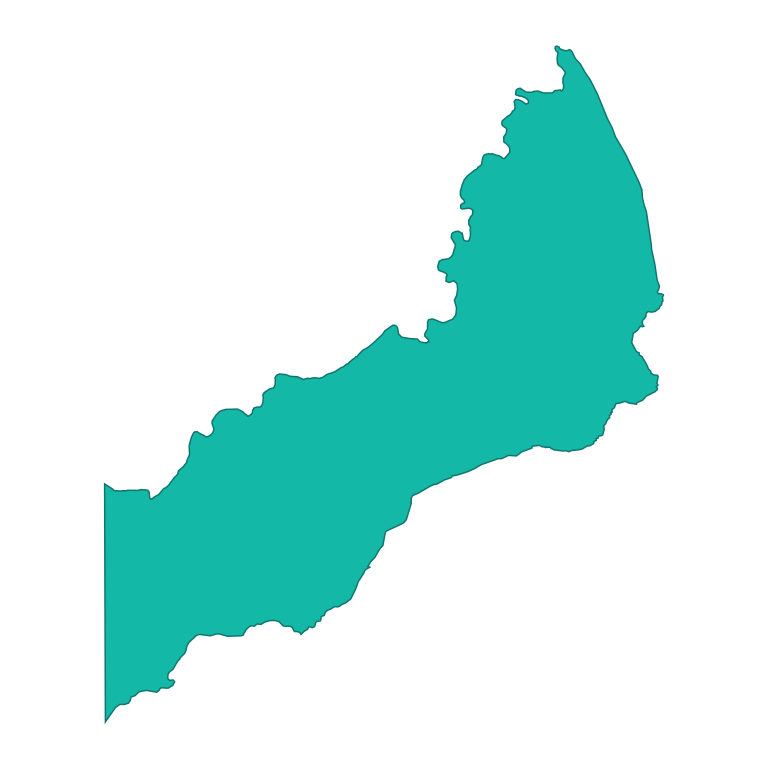 Wampusirpi, Gracias a Dios, Honduras (Mercator projection)
{"feature_id": "27666195B3053537582037", "entity_name": "Wampusirpi", "entity_type": "district", "adm_level": 2, "iso_a3": "HND", "parent_name": "Honduras", "parent_adm1": "Gracias a Dios", "projection": "mercator", "projection_center": [-84.653, 15.069], "detail": "fine", "context": "isolated", "style": "filled", "palette": "teal", "viewbox_px": 768, "rotation_deg": 0, "n_neighbors": 0, "source": "geoboundaries", "source_scale": "gbopen_adm2", "svg_char_len": 6083}
<svg xmlns="http://www.w3.org/2000/svg" viewBox="0 0 768 768"><path d="M659.5,286.2L657.2,280.4L654.8,264.0L651.6,249.6L651.3,244.7L646.4,211.8L643.9,204.3L642.5,198.1L641.9,189.9L639.1,182.5L625.6,154.2L615.5,136.9L612.1,127.7L607.3,118.3L597.3,93.8L590.3,80.0L584.9,72.1L580.5,64.3L575.4,58.7L572.4,52.4L570.7,50.2L569.4,49.7L567.2,50.6L564.6,50.6L559.8,48.8L559.0,47.0L556.4,46.1L555.5,46.5L555.0,48.3L555.9,50.5L558.0,52.7L557.1,57.9L557.5,63.6L558.7,65.4L561.8,67.6L565.2,72.1L565.2,73.4L563.0,78.2L562.9,82.1L563.7,86.1L563.3,89.1L562.4,90.5L561.1,90.9L560.6,90.0L559.8,90.0L554.5,90.8L553.6,92.1L551.9,93.0L543.2,92.9L537.9,91.0L533.6,91.4L532.2,92.3L526.1,92.2L520.1,88.2L517.4,89.0L516.1,90.3L515.6,94.7L519.5,96.1L521.3,96.1L525.6,97.9L527.8,99.7L528.6,101.9L528.2,103.2L526.0,104.1L522.1,101.4L518.2,99.6L515.6,99.6L514.2,101.3L515.1,107.0L514.6,109.6L512.4,111.4L511.9,112.7L509.7,115.3L508.4,115.7L502.2,120.9L501.8,124.0L502.6,125.7L505.7,127.9L506.9,129.7L506.0,133.7L503.8,136.7L503.8,141.5L504.2,142.4L505.9,143.3L508.9,146.4L509.8,148.6L509.7,152.5L504.4,158.6L502.3,158.2L501.8,157.3L498.4,155.5L497.1,155.5L492.3,153.7L489.6,154.1L488.8,153.6L485.3,154.5L484.0,155.3L483.1,156.6L482.2,160.1L481.7,164.1L480.8,165.4L477.7,167.5L477.3,168.8L474.6,170.1L467.1,176.2L464.1,180.1L462.3,184.5L460.4,191.4L460.4,195.4L462.1,198.5L463.8,199.8L464.7,202.5L463.8,203.3L462.5,203.3L460.7,205.0L460.7,208.1L462.0,209.0L469.0,208.2L471.6,209.1L472.9,210.9L472.4,214.8L470.6,216.6L469.7,219.2L468.8,220.0L468.8,224.4L470.5,227.5L470.0,230.6L470.5,231.5L470.4,235.4L470.0,237.6L468.6,241.1L465.6,241.0L464.3,240.6L463.4,239.3L462.2,233.1L461.3,233.1L458.7,231.3L457.4,231.3L454.8,231.7L452.6,233.0L451.7,233.9L451.2,237.8L455.5,244.9L452.8,254.5L451.0,257.1L448.4,258.8L442.2,259.6L439.2,261.3L437.8,266.1L438.2,269.2L439.1,270.5L444.3,272.4L446.4,273.7L447.3,275.5L446.4,276.3L446.0,278.1L446.4,279.0L445.9,281.1L449.0,282.5L453.8,280.8L456.8,283.5L457.2,284.8L457.6,289.2L456.7,295.3L454.4,300.1L456.5,308.0L456.0,313.7L455.6,315.4L452.5,319.3L444.2,322.7L442.0,322.7L433.3,319.1L431.1,319.1L428.5,319.9L427.6,322.1L427.5,329.1L424.9,333.5L424.8,336.1L428.7,340.1L428.7,341.9L427.8,341.8L426.9,342.7L423.9,342.7L420.0,341.8L417.4,339.1L409.6,338.6L401.7,337.2L398.7,334.1L397.5,327.9L396.6,326.2L394.9,325.3L392.7,325.3L384.8,330.9L382.6,334.3L372.9,343.4L368.0,347.3L362.8,350.3L358.4,354.7L357.5,356.4L355.7,356.8L354.8,358.1L353.1,359.0L349.1,362.5L348.2,363.8L346.5,364.2L343.4,366.8L341.2,367.6L334.6,371.9L326.8,374.5L322.4,377.5L318.9,378.4L316.3,377.9L312.8,377.9L309.7,378.7L307.6,378.2L303.6,379.5L297.5,376.8L290.1,376.3L285.4,374.5L279.3,374.0L276.6,375.3L274.9,377.9L275.3,379.2L275.2,384.5L274.3,386.7L273.5,388.0L270.0,388.8L265.1,391.8L264.7,393.1L263.8,393.1L262.9,394.9L263.3,398.4L262.8,403.2L261.1,406.2L260.2,407.1L257.1,407.1L254.1,407.9L252.7,410.1L252.3,413.1L249.6,415.7L247.5,416.2L246.6,414.8L244.9,413.9L242.7,411.7L237.5,409.1L225.7,409.4L222.7,410.2L219.6,411.5L216.1,415.0L212.1,421.1L212.1,423.7L213.8,428.5L213.8,429.8L212.9,432.5L211.1,434.6L208.5,436.4L205.8,436.8L203.2,435.0L199.8,433.6L197.6,431.9L195.0,431.8L193.7,432.7L191.5,437.1L190.1,441.9L189.2,445.8L189.5,454.6L186.9,460.7L186.9,462.0L183.3,466.8L178.5,470.7L177.6,474.2L173.6,478.5L168.8,485.0L166.6,487.2L163.5,488.9L158.7,494.6L154.7,496.7L152.1,498.9L150.3,498.9L149.5,496.7L149.1,491.8L147.4,490.1L141.3,489.6L137.8,490.4L127.3,490.3L126.9,490.8L122.1,490.7L121.2,491.1L113.8,490.6L113.0,489.3L104.6,483.9L105.4,721.9L115.4,707.5L119.8,704.4L124.6,704.4L128.5,703.1L130.2,700.5L131.1,697.0L135.0,695.7L138.5,692.2L140.7,691.3L146.8,690.4L156.8,692.2L159.0,690.4L160.3,688.2L161.6,687.8L168.1,688.2L172.9,685.2L174.7,681.7L172.9,679.9L169.9,680.4L168.1,679.1L167.7,677.3L168.1,674.2L169.4,672.1L172.9,669.4L177.7,661.1L179.9,658.9L179.9,658.1L184.7,653.3L186.0,650.2L186.9,646.2L188.6,642.7L196.5,635.3L199.5,634.4L210.4,635.8L216.1,634.0L219.6,634.0L227.4,636.2L241.3,635.8L243.5,634.9L243.5,633.6L244.8,632.3L245.7,630.1L249.2,626.6L251.3,625.7L254.4,626.2L257.0,624.0L260.9,624.4L265.3,621.8L270.5,620.5L275.3,620.5L279.2,621.8L283.1,625.8L284.4,626.2L290.1,626.2L292.3,627.5L294.4,631.5L296.6,631.5L299.7,632.3L301.0,634.5L304.0,631.4L307.4,629.4L308.9,626.9L310.1,626.7L312.1,627.7L313.7,627.1L314.9,626.0L315.7,622.4L317.1,621.4L320.6,620.8L321.1,617.1L321.7,616.3L324.3,615.4L325.3,612.1L327.7,610.2L331.1,608.8L334.6,606.6L337.4,606.9L339.5,606.3L341.9,604.5L345.8,602.8L350.7,599.0L355.6,589.1L358.3,581.6L363.9,572.9L364.6,570.8L365.8,569.5L369.7,567.2L367.8,566.6L370.8,561.6L374.8,557.5L379.7,549.0L382.9,545.5L385.2,532.9L386.2,531.1L402.0,523.7L404.0,522.5L406.3,519.7L411.2,503.5L411.2,498.3L412.5,495.6L418.1,493.2L429.8,486.4L433.5,484.7L437.3,483.9L443.7,480.2L451.2,477.6L452.3,476.0L458.0,474.8L467.6,471.7L474.6,468.6L481.1,464.7L498.0,458.7L501.7,458.6L508.5,455.4L516.4,455.9L522.0,451.7L531.9,448.1L532.2,446.2L539.6,445.4L542.1,446.8L544.9,447.0L545.2,447.5L549.9,447.2L551.2,448.5L554.3,449.9L563.0,451.0L566.2,450.7L568.9,451.7L571.2,450.6L578.6,449.8L582.4,448.9L587.3,445.9L589.4,445.9L592.6,444.2L593.5,443.5L594.4,441.2L596.3,440.5L596.2,438.5L597.9,438.2L598.7,436.1L601.5,435.6L602.8,434.8L604.2,429.1L603.7,425.8L605.6,423.9L607.3,419.8L609.6,417.7L609.5,415.5L611.2,414.2L610.6,412.7L612.3,412.0L611.7,410.1L614.4,407.6L616.0,403.6L620.7,402.8L625.1,401.3L629.2,403.1L636.5,404.2L637.0,402.5L642.6,400.3L646.4,396.0L655.1,391.7L657.3,389.4L657.3,388.0L656.2,386.8L658.0,385.1L656.9,383.3L658.2,376.4L657.4,375.3L654.3,375.0L651.1,373.5L650.6,371.0L648.7,369.3L646.1,363.6L641.9,356.5L639.3,355.0L639.1,352.8L636.5,351.7L631.7,342.6L633.2,333.4L637.5,330.3L640.4,326.2L642.3,326.7L643.8,326.4L642.4,323.7L642.2,322.2L642.9,319.9L644.4,318.6L645.9,316.4L646.1,313.9L646.9,312.5L648.1,311.6L652.0,312.1L655.2,311.4L659.1,308.4L660.0,306.1L661.6,304.8L661.9,302.4L662.9,301.0L662.5,296.8L663.4,295.6L663.3,294.7L660.9,293.6L658.8,293.8L657.7,293.0L657.7,291.0L658.7,289.4L659.5,286.2Z" fill="#14b8a6" stroke="#0f766e" stroke-width="1.5"/></svg>